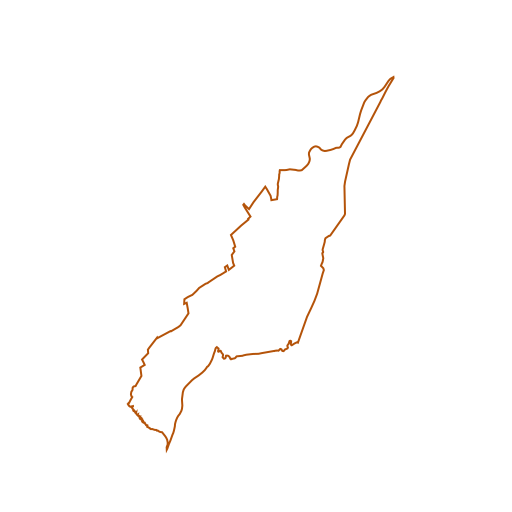 Barito Kuala, Kalimantan Selatan, Indonesia, rotated 17°
{"feature_id": "22746128B88870484763637", "entity_name": "Barito Kuala", "entity_type": "district", "adm_level": 2, "iso_a3": "IDN", "parent_name": "Indonesia", "parent_adm1": "Kalimantan Selatan", "projection": "equal_earth", "projection_center": [114.538, -3.03], "detail": "fine", "context": "isolated", "style": "outline", "palette": "amber", "viewbox_px": 512, "rotation_deg": 17, "n_neighbors": 0, "source": "geoboundaries", "source_scale": "gbopen_adm2", "svg_char_len": 5994}
<svg xmlns="http://www.w3.org/2000/svg" viewBox="0 0 512 512"><g transform="rotate(17 256 256)"><path d="M227.2,401.0L231.1,393.5L232.7,391.1L236.0,387.1L238.7,383.2L240.4,380.1L241.2,377.9L241.7,376.2L242.3,375.6L242.6,374.9L243.4,372.5L244.2,367.8L244.3,365.9L244.3,361.4L244.5,358.9L244.4,357.3L244.4,356.1L244.5,355.7L245.2,354.6L246.1,355.1L247.0,355.3L247.4,355.7L247.5,356.4L247.5,357.8L247.6,358.2L247.9,358.5L248.2,358.5L248.4,358.3L249.4,357.2L249.8,357.0L250.2,357.2L251.1,358.4L253.1,359.7L253.3,359.9L253.5,360.4L253.6,362.2L253.7,362.6L255.2,363.5L255.4,363.6L255.8,363.4L256.4,362.9L256.6,362.5L256.7,362.1L256.6,361.1L256.5,360.5L256.5,360.1L256.9,359.9L258.1,359.6L258.8,359.6L259.4,359.9L260.2,360.3L260.8,360.9L261.4,361.7L261.9,361.9L262.1,361.7L262.4,362.0L264.0,360.9L265.5,360.1L266.1,359.4L266.6,358.0L266.9,357.6L272.4,355.3L272.9,354.8L275.7,353.2L281.9,350.5L287.0,348.8L289.9,347.2L301.1,341.5L301.4,341.5L302.1,340.9L302.4,340.9L303.0,340.7L303.5,340.3L303.9,340.2L305.2,340.0L306.2,338.0L306.4,337.8L306.7,337.7L307.3,337.8L307.3,338.0L308.4,338.5L308.7,338.9L309.0,339.1L310.2,338.9L310.5,338.2L311.0,337.0L313.1,335.2L313.3,334.3L313.2,334.1L312.3,332.9L312.2,332.7L312.3,332.0L312.9,330.2L312.9,328.2L313.0,327.4L313.7,327.0L314.5,327.2L314.7,327.8L315.0,330.0L315.5,330.6L315.7,330.8L316.0,331.0L316.3,330.9L316.5,330.7L318.3,328.5L320.0,326.9L320.6,326.4L321.4,326.6L322.6,299.2L324.0,289.7L325.0,281.9L325.5,274.2L324.9,253.2L325.0,249.7L324.5,248.8L323.9,248.0L321.0,246.4L321.2,243.4L321.4,243.0L321.3,240.7L321.1,240.2L321.1,239.2L321.0,238.5L320.3,237.2L319.3,235.4L318.7,234.2L318.6,233.9L318.7,233.6L319.1,233.0L319.1,232.8L319.0,232.4L318.0,230.9L317.8,230.2L317.7,225.1L317.6,222.3L317.3,221.2L317.2,219.8L317.2,218.9L317.3,218.6L319.9,215.4L320.6,215.2L321.1,214.4L328.7,191.3L328.8,189.7L320.1,163.2L319.4,158.7L318.0,140.6L317.8,136.3L329.9,72.3L330.1,70.5L330.6,68.6L331.8,61.5L332.5,57.9L333.2,54.5L335.5,45.6L335.1,44.7L333.7,46.2L332.8,47.2L332.3,48.1L331.5,49.9L329.4,56.9L328.2,59.6L327.5,60.6L326.1,62.4L323.6,64.8L319.2,68.0L318.5,68.7L317.2,70.4L316.7,71.2L316.1,72.7L315.1,75.4L314.6,77.4L314.0,86.0L314.0,89.7L314.5,97.9L314.5,99.3L314.4,102.1L313.6,107.1L312.9,110.2L312.4,111.5L311.7,112.8L310.9,113.8L309.2,115.5L308.2,116.6L307.6,117.7L307.1,118.7L305.4,124.0L304.9,127.0L303.9,128.0L303.3,128.3L301.0,129.1L298.8,131.0L296.4,132.7L292.5,134.9L291.0,135.5L289.3,135.6L287.7,135.4L286.9,135.1L285.0,133.9L284.2,133.7L282.7,133.5L281.2,133.6L280.2,134.1L279.3,134.8L278.1,136.3L277.4,137.5L277.0,138.8L276.6,140.7L276.5,141.8L276.7,142.6L277.0,143.6L278.8,146.8L279.1,147.5L279.3,148.5L279.4,149.5L279.3,151.0L279.0,152.7L278.2,154.6L277.3,156.2L275.2,159.7L274.7,160.5L273.9,161.0L272.2,161.7L270.8,162.0L268.7,162.1L263.0,163.2L260.1,164.8L258.6,165.4L253.7,166.9L253.8,168.0L254.2,169.2L254.3,169.8L254.4,171.7L254.7,172.4L255.4,175.7L255.7,180.3L256.0,181.5L256.8,182.9L257.1,184.1L257.5,186.6L258.2,188.9L258.9,191.7L259.0,193.4L259.4,194.8L259.5,195.5L254.4,198.1L253.6,196.4L252.3,194.1L248.6,190.6L247.2,189.2L244.6,187.0L242.7,192.5L237.9,205.2L235.6,213.2L230.7,210.8L229.3,209.8L228.9,210.8L231.3,213.1L239.2,219.9L237.6,222.8L238.1,223.4L233.0,231.1L225.9,243.2L229.7,247.7L233.4,253.2L232.0,255.2L234.0,257.9L232.5,262.1L236.1,269.3L238.0,271.6L234.1,277.2L231.3,273.5L229.5,275.8L231.9,279.5L227.4,284.6L225.0,286.8L218.1,295.3L217.7,296.0L215.9,297.3L211.0,303.1L209.4,306.6L206.5,311.8L205.7,312.5L203.1,314.9L202.1,316.0L200.2,318.3L201.3,322.8L203.4,321.0L206.0,326.0L208.2,330.6L204.1,344.3L202.6,346.5L196.7,352.9L196.2,352.8L185.7,363.4L185.3,362.9L180.7,375.0L180.0,377.2L180.3,377.9L181.3,380.5L177.3,388.3L179.8,390.9L181.4,392.7L178.0,396.5L181.5,404.2L179.1,414.2L179.0,415.3L178.8,415.6L178.3,416.0L177.6,416.2L177.0,416.8L176.9,417.0L176.6,417.8L176.6,418.4L176.9,419.3L177.0,420.0L177.0,420.8L176.6,421.7L176.5,422.3L176.6,423.2L176.8,424.7L177.3,425.7L177.9,426.3L177.9,426.5L178.4,426.9L178.9,427.1L178.2,430.1L177.6,433.5L177.2,433.7L177.1,433.9L177.2,434.3L177.0,434.5L176.7,435.0L177.7,435.9L177.8,435.9L178.0,436.1L178.3,436.2L178.5,436.5L179.7,436.9L180.4,436.8L180.4,436.6L180.5,436.5L180.9,436.8L181.5,436.0L182.2,435.5L182.3,435.7L182.0,436.4L181.9,437.0L182.0,437.6L182.4,438.0L183.5,438.6L183.8,439.0L184.1,439.0L184.4,439.2L183.7,439.3L183.7,439.5L183.9,439.8L184.5,440.1L184.8,440.0L185.1,440.0L185.2,439.8L185.4,439.8L185.7,440.1L186.3,440.4L186.4,440.5L186.1,440.7L186.2,441.0L186.7,441.3L187.0,441.2L187.2,440.7L187.3,441.3L188.1,442.3L188.6,442.6L188.9,442.7L189.3,442.2L189.3,442.3L189.3,442.7L189.5,443.0L189.9,443.3L190.2,443.3L190.9,443.0L191.0,443.1L190.9,443.6L191.2,443.8L191.4,443.6L191.5,443.7L192.1,443.4L192.1,443.6L191.8,443.9L191.8,444.3L191.9,444.7L192.4,445.4L193.2,445.9L193.5,445.9L193.7,445.6L192.6,444.3L192.6,444.0L192.8,444.1L193.4,444.7L194.3,445.1L193.9,445.5L194.7,446.1L194.8,445.9L194.8,445.4L195.1,445.7L195.5,446.2L195.9,446.4L195.9,446.6L196.1,446.8L196.4,446.9L197.6,448.0L198.0,448.1L198.4,448.0L198.5,448.2L198.7,448.6L199.8,449.4L200.0,449.4L200.3,449.7L200.6,449.8L200.6,450.0L201.0,450.1L201.5,449.8L201.6,450.1L201.8,450.2L201.7,450.6L202.0,451.2L202.3,451.1L202.5,451.3L203.1,451.3L203.9,451.6L204.5,451.5L205.0,452.0L206.1,452.3L206.6,452.1L207.3,451.8L209.8,451.9L210.9,451.7L211.4,451.5L212.1,451.7L212.3,451.9L212.6,451.7L212.9,451.8L213.4,451.7L213.9,452.0L215.8,452.3L217.7,452.0L221.9,454.9L223.2,456.0L224.7,457.6L226.1,460.2L226.7,462.4L226.6,462.7L226.5,464.0L226.5,465.1L227.3,467.3L227.5,466.2L227.7,461.2L228.1,457.5L228.4,451.1L228.6,449.7L228.6,447.5L228.4,444.8L228.2,442.6L227.7,440.4L227.6,438.4L227.6,436.4L227.9,433.6L228.4,431.5L229.2,429.6L229.9,426.0L229.9,423.8L229.3,420.6L227.3,415.3L227.0,414.2L225.9,407.7L225.9,405.0L226.1,404.0L226.5,402.7L227.2,401.0ZM196.5,448.1L197.0,448.2L196.5,447.4L196.0,447.1L195.6,446.8L195.4,446.8L195.3,447.0L195.5,447.6L196.5,448.1Z" fill="none" stroke="#b45309" stroke-width="2"/></g></svg>